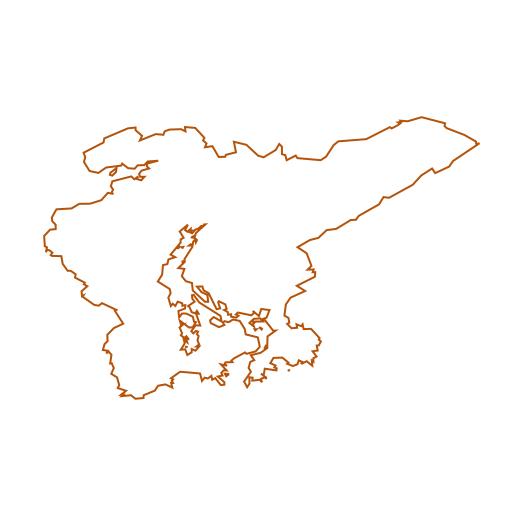 the district of Milford Lea-3, Donegal, Ireland, rotated 185°
{"feature_id": "5873133B66186119395880", "entity_name": "Milford Lea-3", "entity_type": "district", "adm_level": 2, "iso_a3": "IRL", "parent_name": "Ireland", "parent_adm1": "Donegal", "projection": "equal_earth", "projection_center": [-7.731, 55.125], "detail": "fine", "context": "isolated", "style": "outline", "palette": "amber", "viewbox_px": 512, "rotation_deg": 185, "n_neighbors": 0, "source": "geoboundaries", "source_scale": "gbopen_adm2", "svg_char_len": 6156}
<svg xmlns="http://www.w3.org/2000/svg" viewBox="0 0 512 512"><g transform="rotate(185 256 256)"><path d="M43.2,387.8L46.3,386.8L46.9,389.2L58.8,394.7L77.2,400.0L79.5,401.9L79.3,404.7L103.1,408.7L116.8,403.4L123.9,403.4L123.0,402.3L126.1,401.5L124.0,400.5L126.8,398.2L132.0,394.9L133.9,396.0L156.4,382.0L184.0,377.4L188.4,373.1L194.8,361.1L199.9,357.1L223.3,357.1L225.2,359.5L233.8,354.1L235.6,359.0L239.0,359.7L239.7,367.1L242.6,369.6L245.6,363.3L257.0,355.0L262.6,356.1L275.2,365.9L288.0,367.9L285.0,357.6L294.9,354.1L295.3,352.2L301.8,351.4L309.0,361.6L316.3,359.9L315.1,363.8L318.8,366.5L317.7,369.2L327.7,378.3L338.0,378.3L337.1,374.0L341.8,375.8L353.2,374.4L357.8,372.3L358.8,368.7L366.5,368.7L381.7,361.0L380.0,365.8L386.9,370.8L387.2,373.5L394.7,372.0L417.4,359.9L417.8,355.8L436.7,343.9L434.7,339.4L435.6,334.7L429.2,326.2L420.3,325.0L413.0,331.1L398.2,334.3L397.4,336.4L391.0,332.3L384.5,332.4L381.8,336.0L375.2,336.8L372.1,340.7L361.7,342.4L372.5,338.6L372.5,335.7L370.1,333.9L377.6,331.0L379.7,327.3L378.2,324.8L374.0,325.2L377.0,321.4L381.6,322.4L380.3,325.0L383.9,321.8L387.2,324.4L405.6,317.9L406.7,312.8L404.2,309.7L405.5,306.0L403.4,305.4L409.1,306.0L415.0,298.1L425.9,293.6L436.6,292.6L443.9,287.3L458.9,285.1L462.7,276.6L462.0,272.9L458.3,269.7L457.9,265.3L463.4,264.3L468.8,257.5L467.2,247.3L465.0,246.4L465.7,241.5L464.3,244.1L461.7,243.4L459.1,241.5L460.6,239.0L459.3,238.3L449.9,238.9L447.9,231.3L442.4,224.9L439.3,225.1L434.1,222.1L434.4,218.7L424.2,214.5L425.0,212.9L421.4,211.2L426.7,205.7L425.8,200.7L424.5,201.6L425.1,200.3L412.9,193.2L408.3,192.8L405.3,195.6L390.4,190.1L391.8,189.1L382.4,177.0L391.3,171.8L397.3,164.5L396.4,158.3L399.2,155.0L400.3,149.0L395.5,148.7L396.6,145.9L394.4,147.9L391.4,145.0L391.9,136.2L390.4,136.6L387.9,132.0L389.9,126.0L383.9,123.0L381.0,115.5L382.2,112.4L373.7,110.4L378.4,106.0L376.0,106.3L377.4,104.7L368.4,106.4L363.7,103.3L355.7,104.7L355.8,107.5L345.0,113.1L342.3,118.2L335.0,120.2L327.9,117.6L329.5,122.2L327.6,122.3L329.0,124.4L327.8,125.9L330.0,126.8L321.5,134.1L301.5,134.1L298.9,126.8L296.6,130.3L293.3,129.8L290.0,132.7L288.8,128.9L286.0,130.8L279.8,124.4L276.3,125.0L276.5,127.5L283.5,132.6L278.9,134.0L280.4,136.5L278.4,139.2L275.3,139.4L281.5,145.0L275.3,144.2L277.8,145.6L277.2,147.4L270.2,148.2L271.4,149.6L269.0,152.1L258.5,159.0L257.0,157.7L248.1,160.9L244.3,165.9L247.1,175.1L259.4,177.0L260.9,182.4L266.6,189.9L273.4,190.7L277.5,187.7L281.7,188.3L283.2,186.7L281.5,184.5L286.7,181.9L295.2,185.2L296.1,187.9L292.9,191.5L284.6,187.8L286.1,193.2L308.5,204.8L314.8,211.9L316.4,211.3L315.7,207.9L313.2,205.1L319.9,199.8L318.3,200.1L315.1,194.4L311.4,193.6L310.1,196.2L308.1,193.5L310.6,193.2L305.5,181.9L310.2,181.6L313.9,175.4L311.6,173.4L309.4,176.1L307.1,175.6L308.1,173.0L306.2,171.3L306.9,166.6L304.9,163.0L307.4,160.7L304.7,161.0L308.1,156.4L311.9,157.7L311.7,154.4L315.8,151.4L318.4,156.9L322.7,156.1L319.4,162.8L320.6,166.3L317.0,164.0L318.5,167.4L323.9,170.4L322.9,172.6L325.9,178.2L322.2,181.8L324.8,181.1L326.2,185.0L316.5,178.9L312.9,179.4L310.1,184.9L312.0,185.1L313.6,190.0L320.5,192.6L324.7,192.2L327.2,188.1L328.5,194.4L322.1,197.5L322.1,200.9L325.0,200.0L325.4,202.5L330.0,203.7L332.0,199.2L334.8,201.2L336.5,198.7L339.7,206.9L337.8,211.6L339.1,215.6L351.6,222.0L347.9,229.2L347.9,238.8L343.6,240.2L342.9,245.0L336.4,247.8L341.2,249.9L332.3,262.7L332.5,266.0L329.7,267.8L334.1,273.8L326.6,281.3L328.9,275.6L326.5,274.2L323.5,277.2L323.8,274.5L323.4,275.8L322.2,275.8L324.0,273.8L321.5,273.1L318.6,277.1L315.8,278.3L313.1,281.2L311.0,281.4L310.5,282.9L309.1,283.1L317.8,273.7L318.9,268.8L316.2,266.7L317.1,264.3L318.0,267.1L319.8,264.8L320.2,259.5L327.0,246.6L326.4,244.0L332.3,237.2L326.2,236.9L328.1,229.4L323.7,224.8L317.4,223.5L316.0,216.2L302.9,206.0L299.7,206.2L301.0,213.0L307.1,215.2L312.1,220.3L306.8,221.0L305.2,217.2L299.9,214.8L290.6,199.6L287.1,200.7L289.6,206.4L289.2,207.7L282.3,205.1L280.6,200.8L283.1,199.4L279.2,197.7L278.7,195.0L275.7,195.8L275.5,193.4L270.3,192.9L268.2,195.0L271.0,196.0L269.1,198.1L255.5,196.5L253.0,198.9L254.2,201.0L247.9,196.4L246.1,203.7L237.8,203.3L240.1,195.5L242.8,194.3L232.4,183.1L229.9,183.4L237.5,176.9L236.8,165.4L238.3,165.3L238.1,168.4L239.3,164.9L237.9,164.3L242.9,160.0L252.5,156.7L248.7,152.1L252.5,150.0L253.6,143.9L251.0,140.2L256.9,129.9L253.4,124.5L251.4,128.3L252.0,134.6L248.8,134.5L248.8,131.5L241.5,133.0L239.0,130.7L240.3,134.0L236.1,136.3L240.8,139.1L238.0,138.0L237.4,144.5L225.7,143.8L225.6,145.9L228.0,146.6L227.0,148.6L232.4,150.5L229.7,156.0L220.9,157.1L214.4,152.6L215.6,151.4L209.7,149.6L205.3,151.7L204.3,155.8L200.3,154.4L201.4,153.2L200.7,152.8L196.4,155.6L190.4,151.6L191.2,156.8L189.6,155.7L190.0,159.1L186.9,161.1L191.3,166.0L186.3,167.2L187.7,172.1L185.7,172.4L183.9,176.5L186.2,178.2L185.5,179.7L194.8,188.2L202.2,187.4L203.6,192.0L204.9,190.0L209.7,191.5L208.8,188.1L214.3,187.1L219.0,191.1L217.0,192.5L218.3,197.2L222.5,199.1L222.0,210.4L218.0,217.5L204.0,225.4L212.7,229.9L195.5,240.5L195.6,245.1L198.1,244.8L197.4,247.6L203.4,246.9L199.9,251.0L205.8,263.2L215.4,268.4L203.7,276.6L195.4,279.5L187.9,287.9L178.5,290.0L164.6,300.2L159.7,300.7L157.1,305.0L137.9,318.2L134.1,325.8L128.5,325.6L106.1,340.6L98.3,350.7L88.2,358.5L84.7,354.2L71.4,361.9L67.9,367.9L43.2,387.8ZM254.0,190.3L243.3,191.4L246.3,194.2L252.7,193.2L256.7,188.7L252.0,185.6L253.1,188.0L251.6,189.7L254.0,190.3ZM406.3,323.5L402.8,327.4L402.6,331.5L408.3,326.2L408.7,324.2L406.3,323.5ZM315.5,166.9L318.4,170.0L319.6,168.5L315.5,166.9ZM275.2,133.6L273.2,135.4L273.3,136.1L276.7,136.0L275.2,133.6ZM246.7,185.4L244.0,183.3L243.7,184.1L246.7,185.4ZM334.1,257.0L332.2,259.3L334.4,257.0L334.1,257.0ZM320.0,270.2L321.4,269.4L321.6,268.9L320.3,268.7L320.0,270.2ZM251.1,182.9L250.3,181.8L249.0,183.1L251.1,182.9ZM213.4,144.8L212.2,145.5L214.4,144.6L213.4,144.8ZM329.7,257.8L329.3,258.7L331.5,258.2L329.7,257.8ZM316.9,159.5L318.9,159.5L316.3,159.2L316.9,159.5ZM323.6,260.6L321.9,260.8L321.1,261.9L322.0,262.0L323.6,260.6ZM236.3,135.4L234.7,134.6L235.6,135.7L236.3,135.4ZM327.4,244.6L328.8,244.2L328.7,243.7L327.4,244.6ZM243.9,193.2L243.8,192.9L242.3,192.9L243.9,193.2Z" fill="none" stroke="#b45309" stroke-width="2"/></g></svg>